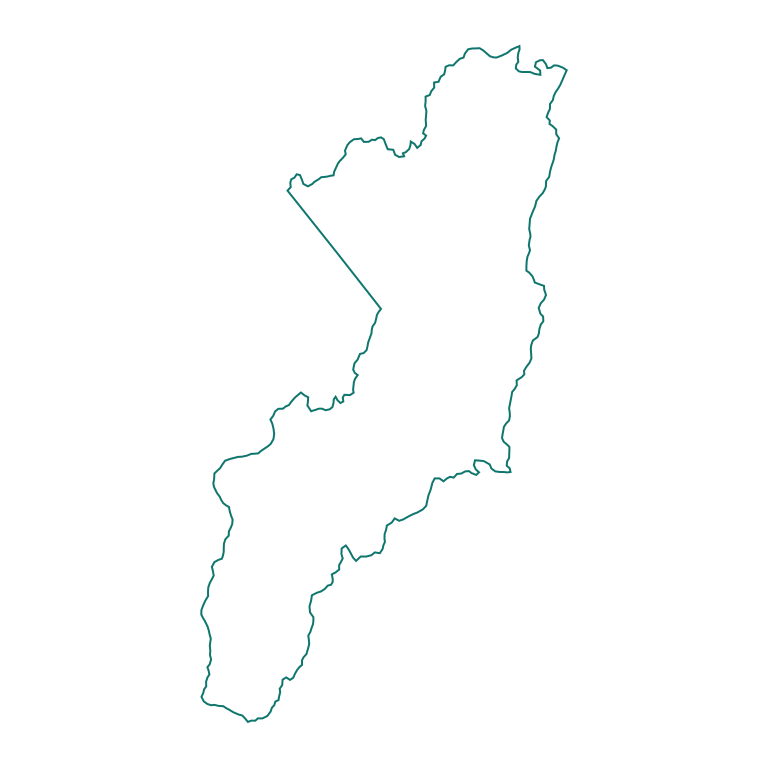 Ibicuí, Bahia, Brazil
{"feature_id": "56859067B84380498054851", "entity_name": "Ibicuí", "entity_type": "district", "adm_level": 2, "iso_a3": "BRA", "parent_name": "Brazil", "parent_adm1": "Bahia", "projection": "albers", "projection_center": [-39.87, -14.661], "detail": "fine", "context": "isolated", "style": "outline", "palette": "teal", "viewbox_px": 768, "rotation_deg": 0, "n_neighbors": 0, "source": "geoboundaries", "source_scale": "gbopen_adm2", "svg_char_len": 5779}
<svg xmlns="http://www.w3.org/2000/svg" viewBox="0 0 768 768"><path d="M543.3,321.4L543.1,316.5L540.4,313.7L538.7,307.9L540.8,303.2L544.0,299.7L546.0,295.0L544.2,289.6L544.0,285.9L539.5,284.3L534.8,282.5L533.8,279.5L532.4,276.2L529.1,272.5L526.4,270.7L526.4,266.3L526.7,261.0L527.5,256.6L528.8,253.7L530.0,250.2L528.8,245.4L529.6,239.8L530.5,236.6L530.2,233.5L529.2,229.0L529.7,223.2L530.0,218.7L531.2,215.8L532.6,212.1L535.1,206.4L536.4,200.9L539.5,196.5L542.8,193.0L544.8,189.4L545.9,186.5L546.1,181.0L549.2,176.9L550.1,171.3L551.5,166.2L552.8,162.5L553.8,159.4L554.4,155.4L555.8,150.7L556.6,145.9L557.6,142.0L559.1,138.4L556.2,134.1L556.2,129.6L552.4,125.9L549.5,124.0L549.8,120.5L546.6,117.1L548.1,112.7L549.9,109.0L550.0,104.0L552.9,100.0L553.8,95.9L555.7,92.0L558.0,88.7L560.2,85.0L561.9,81.2L564.4,75.4L566.7,70.2L562.6,67.5L557.6,65.6L554.0,65.4L550.9,67.7L547.4,68.1L546.0,64.2L542.9,60.1L539.9,60.3L536.0,62.2L534.9,66.6L540.1,70.5L540.4,74.8L534.7,73.9L530.4,72.1L526.5,72.0L521.9,72.0L518.8,71.3L515.8,68.4L516.3,64.6L518.3,61.9L517.7,57.4L518.4,52.7L519.6,49.2L519.4,46.1L514.9,48.0L511.2,49.7L507.3,52.9L501.6,55.6L496.3,57.6L493.2,57.3L489.9,56.2L486.8,53.5L483.2,50.4L479.6,48.2L475.9,48.4L472.0,48.5L468.1,49.3L464.9,53.6L463.5,57.6L459.8,58.8L456.6,61.7L453.2,65.4L449.0,65.3L445.6,66.8L445.1,70.5L444.1,74.4L440.7,76.7L438.5,81.8L434.1,82.5L434.2,87.6L431.2,91.3L429.8,95.0L425.6,96.6L425.6,101.6L425.1,106.0L426.4,110.8L426.1,115.5L425.7,119.6L426.1,126.0L423.9,129.9L423.1,133.3L426.1,135.6L424.6,138.5L421.5,141.3L420.7,144.9L417.2,147.9L414.7,144.1L410.8,141.6L410.5,144.7L409.3,148.9L405.9,152.1L402.9,153.3L404.1,156.3L399.2,157.0L395.1,154.8L393.3,149.8L387.7,149.2L385.7,144.3L383.8,139.2L381.0,137.4L377.9,138.0L375.1,140.1L371.9,139.7L368.7,141.8L363.9,141.9L361.1,138.4L358.2,139.0L354.0,139.2L349.8,142.2L347.4,145.1L345.0,150.6L345.7,154.3L343.1,157.6L339.9,160.9L338.0,163.4L336.2,167.3L334.1,171.9L333.6,175.3L330.5,175.8L326.7,176.7L321.3,177.2L318.5,179.4L314.6,181.7L312.1,184.1L307.9,186.3L303.4,184.0L301.8,179.4L300.0,175.1L296.7,174.3L294.4,177.7L291.3,179.3L290.3,182.6L290.7,187.2L287.5,190.6L336.6,252.3L346.1,264.4L381.0,308.9L378.4,312.3L376.9,315.0L376.1,318.9L375.1,322.8L372.5,326.5L371.8,329.6L371.5,333.3L369.7,338.3L368.2,342.4L367.5,346.3L366.6,350.1L363.6,353.1L360.0,353.9L357.5,359.8L354.5,363.3L353.8,366.4L353.2,369.7L354.9,373.0L357.7,375.1L355.1,378.7L353.9,382.1L353.5,385.9L353.1,389.7L353.6,392.7L350.0,395.1L344.4,394.8L342.8,397.5L343.3,401.5L340.4,403.0L337.5,400.2L335.6,396.8L333.8,399.3L333.5,403.2L332.4,407.1L329.7,409.3L325.6,410.2L322.0,408.7L318.9,408.7L315.1,410.0L311.1,411.2L309.1,408.1L307.4,405.5L307.9,401.6L308.2,397.3L304.6,395.4L300.9,392.5L298.1,394.9L295.2,397.3L291.4,401.6L288.9,405.1L285.9,406.3L282.9,408.7L278.3,408.8L275.1,411.4L273.2,415.9L270.4,419.5L272.2,423.4L273.5,428.6L274.2,434.2L273.4,439.2L270.7,443.9L268.2,446.1L264.6,448.5L260.9,451.0L258.2,453.4L254.5,453.7L251.2,453.9L247.0,455.6L241.9,456.7L238.0,456.9L234.2,457.9L230.2,458.9L225.1,460.7L222.5,464.3L220.0,468.3L217.4,470.6L214.4,473.5L214.1,479.3L213.3,483.5L214.1,487.2L216.8,492.7L219.7,496.7L221.3,500.1L223.1,503.0L226.1,505.4L229.0,507.0L229.7,511.1L231.0,515.5L232.6,519.6L232.2,524.2L230.7,527.8L228.9,531.3L228.7,535.7L225.4,539.2L224.0,543.5L223.8,546.9L223.7,552.0L223.0,555.5L221.9,558.7L218.4,559.9L214.4,562.1L211.9,566.8L213.0,571.4L213.7,575.5L211.9,579.2L209.9,582.7L208.3,587.3L208.0,591.6L208.1,596.1L205.2,600.9L202.9,606.0L201.4,610.2L201.3,614.5L202.9,617.8L204.7,620.7L206.2,623.7L207.7,626.9L208.7,630.2L209.7,634.7L210.8,638.6L210.3,642.0L209.8,645.6L210.3,650.8L210.0,655.1L211.1,659.5L209.6,664.5L207.4,667.2L208.6,670.6L209.4,674.5L207.5,677.4L206.1,681.6L206.2,686.4L204.1,689.4L203.2,693.1L201.5,696.9L203.8,701.4L207.4,704.0L211.0,705.2L214.6,704.9L218.5,705.9L223.3,706.2L226.1,708.1L228.9,709.6L233.5,712.3L238.5,714.5L242.3,715.5L244.9,718.2L247.9,721.9L251.3,720.6L255.3,720.7L257.8,718.4L262.4,718.4L267.3,716.0L270.6,711.6L271.9,707.7L274.2,705.3L275.3,701.6L278.5,700.1L279.2,696.0L280.2,692.3L279.7,688.7L282.2,685.2L282.6,679.7L286.2,677.4L290.0,679.9L293.2,677.8L295.1,673.5L297.2,669.9L299.5,667.0L302.0,664.9L302.0,660.3L303.6,657.2L306.4,654.1L307.9,649.1L309.2,644.0L308.8,639.4L308.3,635.7L310.3,632.0L311.6,627.9L313.0,624.2L313.4,620.6L313.4,617.2L310.0,612.4L309.5,606.3L311.1,600.7L311.9,595.3L317.0,592.7L320.9,591.5L324.7,589.0L327.8,585.6L331.1,584.7L332.7,582.0L332.7,578.8L331.8,574.4L335.6,572.4L339.2,569.5L339.1,565.2L340.9,562.0L342.7,558.5L341.4,553.9L341.7,548.4L345.8,545.5L348.2,548.7L350.7,553.1L353.1,557.7L356.1,560.9L360.7,556.5L366.3,556.5L371.2,555.3L374.9,552.4L379.8,553.2L382.6,549.0L383.4,545.3L384.9,542.0L384.5,538.7L384.6,534.2L386.1,529.7L386.9,525.5L391.7,522.6L394.7,518.4L399.2,520.8L403.3,519.4L405.9,517.9L409.7,515.8L413.2,514.1L417.6,512.4L423.1,509.2L426.2,505.8L427.2,501.0L428.5,495.2L430.6,489.8L432.4,482.8L434.7,478.4L439.5,478.4L443.5,481.3L447.0,478.4L450.1,476.8L453.7,477.6L457.0,474.0L461.4,473.5L465.2,471.4L468.9,471.1L471.6,473.1L476.2,474.9L479.0,472.3L475.8,469.4L473.9,465.2L475.0,460.3L479.4,460.6L483.8,461.1L489.7,464.4L491.4,468.5L495.3,471.4L499.9,472.0L503.7,472.0L507.1,472.4L510.5,472.0L509.7,468.3L506.7,465.7L507.1,461.4L509.1,458.1L509.2,454.4L509.4,450.5L509.4,446.9L506.9,444.4L503.7,441.8L502.0,438.0L502.7,433.6L503.4,430.0L503.9,426.9L506.1,423.5L509.0,420.6L509.9,416.4L509.7,412.2L509.1,408.3L510.2,402.7L511.4,396.6L512.2,391.9L514.5,389.2L516.8,385.3L516.6,380.4L521.9,377.0L524.3,374.3L524.0,370.8L526.3,367.0L529.6,362.6L531.4,358.4L531.2,354.3L530.8,348.9L531.2,345.2L532.9,340.4L537.5,337.1L538.8,333.7L539.4,329.0L540.8,324.5L543.3,321.4Z" fill="none" stroke="#0f766e" stroke-width="2"/></svg>